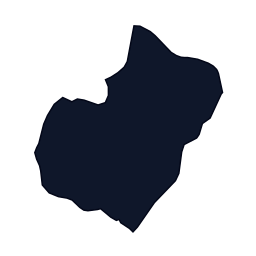 outline of Bioko Sur, rotated 7°
{"feature_id": "GNQ-1479", "entity_name": "Bioko Sur", "entity_type": "Province", "adm_level": 1, "iso_a3": "GNQ", "parent_name": "Equatorial Guinea", "parent_adm1": "", "projection": "natural_earth1", "projection_center": [8.643, 3.416], "detail": "fine", "context": "isolated", "style": "filled", "palette": "ink", "viewbox_px": 256, "rotation_deg": 7, "n_neighbors": 0, "source": "natural_earth", "source_scale": "10m", "svg_char_len": 925}
<svg xmlns="http://www.w3.org/2000/svg" viewBox="0 0 256 256"><g transform="rotate(7 128 128)"><path d="M217.5,81.3L216.4,82.8L208.3,108.1L201.3,114.5L199.4,125.5L198.2,128.0L197.3,129.6L185.7,137.6L184.2,145.2L184.0,166.8L181.5,174.5L163.3,198.8L149.4,225.2L145.6,230.5L141.7,227.5L132.4,222.9L130.3,219.8L127.7,221.1L121.8,218.6L110.6,211.4L107.7,212.6L98.3,215.0L94.2,214.9L89.9,212.7L81.3,206.3L76.0,205.0L67.3,204.6L57.7,202.0L49.9,195.0L46.6,181.2L44.8,176.1L41.1,170.0L38.5,163.8L39.8,158.6L41.4,154.3L43.9,134.4L46.6,125.3L51.9,113.5L59.5,105.7L69.1,108.8L74.2,105.4L81.1,105.7L95.5,108.8L102.4,105.6L104.6,98.1L103.5,89.4L99.8,82.8L104.8,79.7L111.2,74.4L116.8,68.1L119.2,62.1L121.5,25.9L127.5,25.5L138.5,29.7L143.8,33.2L161.6,47.7L167.1,50.2L171.9,51.3L175.4,51.2L178.5,50.8L188.8,51.3L199.8,53.9L205.1,56.2L208.8,59.1L210.0,60.9L211.1,62.9L217.5,81.3Z" fill="#0f172a" stroke="#020617" stroke-width="1.5"/></g></svg>